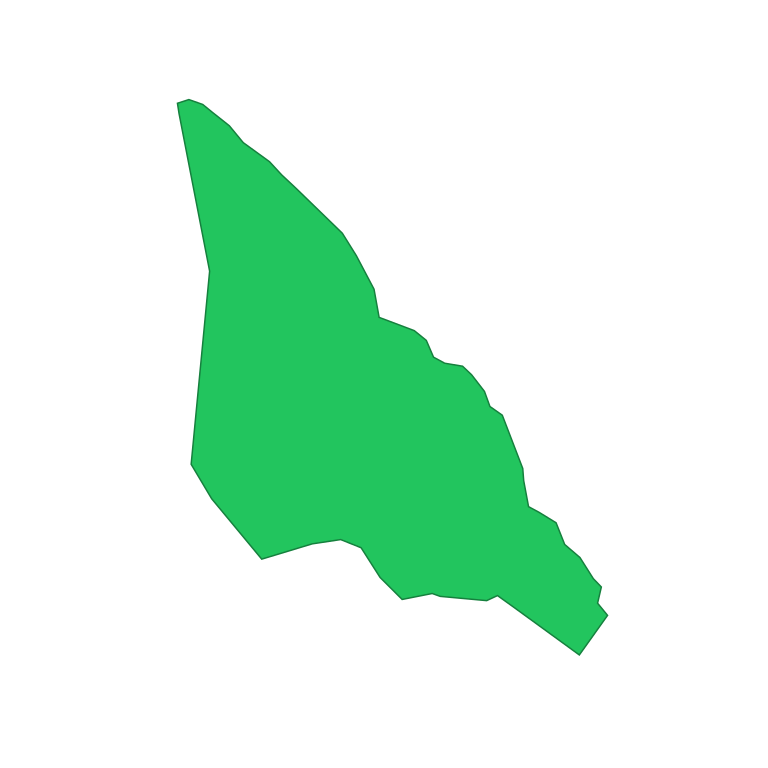 Yakkasaray, Tashkent, Uzbekistan (Mercator projection), rotated 109°
{"feature_id": "79887680B84205310122057", "entity_name": "Yakkasaray", "entity_type": "district", "adm_level": 2, "iso_a3": "UZB", "parent_name": "Uzbekistan", "parent_adm1": "Tashkent", "projection": "mercator", "projection_center": [69.216, 41.248], "detail": "fine", "context": "isolated", "style": "filled", "palette": "green", "viewbox_px": 768, "rotation_deg": 109, "n_neighbors": 0, "source": "geoboundaries", "source_scale": "gbopen_adm2", "svg_char_len": 782}
<svg xmlns="http://www.w3.org/2000/svg" viewBox="0 0 768 768"><g transform="rotate(109 384 384)"><path d="M522.7,540.2L548.6,509.6L589.4,442.6L558.5,399.8L545.2,374.3L546.3,352.3L568.2,324.7L581.8,296.7L566.4,270.2L566.5,261.7L555.4,216.4L547.1,207.8L552.4,190.1L576.6,111.1L530.0,97.3L521.7,110.7L505.2,112.4L499.9,122.7L484.3,142.2L476.9,160.9L459.2,176.1L455.0,194.9L452.9,207.4L430.0,220.4L418.7,225.3L375.0,262.0L370.8,276.5L358.3,286.6L346.8,304.1L341.6,315.5L344.6,333.4L342.5,345.9L329.0,358.2L323.7,372.7L322.6,410.3L297.6,424.3L271.7,451.9L255.0,472.5L241.4,501.5L227.8,530.5L219.5,549.0L211.1,564.6L201.6,595.7L190.2,614.3L182.9,635.0L178.7,646.4L178.6,661.1L185.8,670.7L195.1,665.8L334.1,585.6L522.7,540.2Z" fill="#22c55e" stroke="#15803d" stroke-width="1.5"/></g></svg>